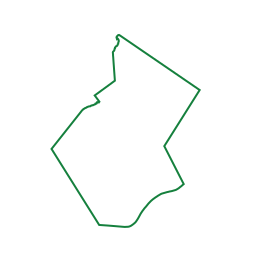 Arauco, La Rioja, Argentina (Mercator projection), rotated 234°
{"feature_id": "61730980B43357395590927", "entity_name": "Arauco", "entity_type": "district", "adm_level": 2, "iso_a3": "ARG", "parent_name": "Argentina", "parent_adm1": "La Rioja", "projection": "mercator", "projection_center": [-66.591, -28.559], "detail": "fine", "context": "isolated", "style": "outline", "palette": "green", "viewbox_px": 256, "rotation_deg": 234, "n_neighbors": 0, "source": "geoboundaries", "source_scale": "gbopen_adm2", "svg_char_len": 2686}
<svg xmlns="http://www.w3.org/2000/svg" viewBox="0 0 256 256"><g transform="rotate(234 128 128)"><path d="M208.4,175.5L208.4,175.4L208.9,174.8L208.9,174.6L208.9,174.4L208.8,174.2L208.7,173.8L208.7,173.6L208.7,173.2L208.6,172.9L208.6,172.7L208.4,172.4L208.2,172.1L207.8,172.2L207.7,172.1L207.4,171.7L207.2,171.7L206.9,171.6L206.7,171.5L206.5,171.4L206.5,171.5L206.5,171.9L206.5,172.0L206.4,172.2L206.2,172.3L205.9,172.2L205.6,172.1L205.4,172.1L205.1,172.2L204.9,172.2L204.7,172.1L204.5,171.9L204.2,171.9L204.0,171.7L203.9,171.7L203.7,171.6L203.5,171.4L203.4,171.3L203.3,171.1L203.2,171.0L203.2,170.9L203.1,170.7L202.9,170.4L202.6,170.2L202.2,169.8L201.9,169.6L201.8,168.9L201.4,168.5L201.0,167.9L200.9,167.3L201.0,166.9L201.1,166.6L201.1,166.0L200.8,165.4L200.7,164.7L200.1,164.4L199.9,164.0L199.8,163.4L199.4,163.1L199.1,162.9L198.7,162.2L198.5,160.8L198.1,160.2L196.1,159.0L195.9,158.8L193.9,157.6L189.6,154.9L174.0,145.2L173.9,120.2L166.6,120.3L165.3,120.3L165.5,120.2L165.7,119.8L166.0,119.7L166.2,119.3L166.1,119.2L166.5,118.8L166.6,118.7L166.3,118.6L166.3,118.4L166.5,117.9L166.7,117.7L166.9,117.5L166.9,117.4L166.7,117.1L166.5,116.9L166.7,116.7L166.7,116.4L166.5,116.0L166.7,115.8L166.5,115.6L166.5,115.1L166.6,114.9L166.7,114.6L166.8,114.1L166.9,113.8L166.9,113.7L167.0,113.5L167.0,113.2L167.0,112.9L167.1,112.7L167.4,112.5L167.5,112.2L167.6,111.8L167.8,111.4L167.8,111.1L167.7,110.7L167.7,110.4L167.8,110.3L167.9,110.0L168.0,109.9L168.1,109.7L168.3,109.3L168.4,109.1L168.5,108.9L168.6,108.7L168.7,108.3L168.7,108.0L168.8,107.7L169.0,107.4L169.0,107.1L169.0,106.9L168.9,106.4L169.0,106.1L169.1,105.8L169.2,105.6L169.2,105.4L169.3,105.2L169.3,104.9L169.3,104.6L169.4,104.4L169.3,104.1L169.4,103.7L169.4,103.4L169.5,103.2L169.5,102.9L169.4,102.4L169.3,102.2L169.3,101.9L169.3,101.7L169.3,101.4L156.0,53.8L155.5,53.8L133.8,52.3L66.5,47.7L61.9,53.2L60.3,55.1L57.8,58.0L49.8,67.3L49.2,68.3L48.5,69.3L47.9,70.3L47.5,71.3L47.2,72.5L47.1,73.7L47.1,74.8L47.1,76.0L47.2,77.2L47.3,78.3L47.6,79.5L48.0,80.6L48.4,81.7L48.8,82.7L49.3,83.8L49.8,84.9L50.3,85.9L50.8,87.0L51.3,88.0L51.7,89.1L52.1,90.2L52.5,91.3L52.8,92.4L53.2,93.6L53.5,94.7L53.7,95.8L54.0,97.0L54.3,98.1L54.6,99.2L54.9,100.3L55.1,101.5L55.3,102.6L55.5,103.8L55.6,105.0L55.7,106.1L55.7,107.3L55.7,108.5L55.7,109.6L55.6,110.8L55.6,112.0L55.5,113.1L55.4,114.3L55.3,115.5L55.1,116.6L54.7,117.7L54.3,118.8L53.9,119.9L53.5,121.0L53.1,122.1L52.6,123.2L52.2,124.3L51.7,125.3L51.2,126.4L50.8,127.5L50.4,128.6L50.0,129.7L49.7,130.8L49.6,132.0L49.5,133.1L49.5,134.3L49.6,135.5L49.6,136.7L49.7,137.8L49.8,139.0L49.9,140.1L92.0,146.7L116.6,208.3L207.5,175.9L208.4,175.5L208.4,175.5Z" fill="none" stroke="#15803d" stroke-width="2"/></g></svg>